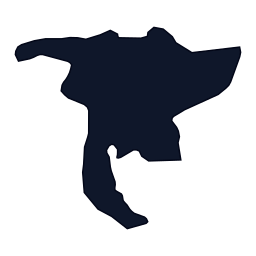 Nidwalden, Equal Earth projection
{"feature_id": "CHE-164", "entity_name": "Nidwalden", "entity_type": "Canton", "adm_level": 1, "iso_a3": "CHE", "parent_name": "Switzerland", "parent_adm1": "", "projection": "equal_earth", "projection_center": [8.375, 46.893], "detail": "fine", "context": "isolated", "style": "filled", "palette": "ink", "viewbox_px": 256, "rotation_deg": 0, "n_neighbors": 0, "source": "natural_earth", "source_scale": "10m", "svg_char_len": 1364}
<svg xmlns="http://www.w3.org/2000/svg" viewBox="0 0 256 256"><path d="M175.8,42.7L191.9,52.7L239.6,47.1L240.6,52.3L239.7,56.7L230.6,81.9L228.7,85.3L225.9,88.1L218.2,94.4L184.6,109.7L173.5,116.4L172.1,118.1L171.7,120.9L176.6,127.4L178.3,131.1L179.4,136.7L178.0,142.7L180.8,159.9L148.7,160.9L141.8,156.2L139.3,151.0L136.3,149.8L133.3,149.9L120.7,157.3L118.2,158.0L117.0,157.7L117.0,156.8L117.5,154.9L117.6,152.5L117.6,149.3L114.1,144.8L111.7,144.2L109.0,145.8L106.5,150.1L106.8,153.0L109.1,157.0L110.3,167.0L111.2,171.0L115.0,181.8L115.2,184.7L114.8,187.6L114.8,189.8L116.4,191.2L121.4,194.0L122.3,195.7L122.9,199.4L123.2,200.7L123.9,201.6L124.9,202.8L127.0,205.0L129.6,209.1L131.6,211.3L134.1,213.3L144.5,217.1L146.4,218.8L147.7,221.7L146.1,223.3L127.3,228.6L111.7,216.4L98.0,209.1L84.3,192.5L82.7,172.3L83.7,164.3L84.6,147.0L87.7,137.3L88.7,133.4L88.8,110.6L87.4,107.1L84.2,104.4L68.5,98.0L64.6,94.7L61.2,90.9L62.1,85.2L63.7,82.2L65.9,79.5L67.7,76.6L69.6,72.7L70.7,69.2L71.7,64.8L70.0,62.6L67.8,61.3L42.6,54.5L39.9,54.5L37.1,55.4L33.6,57.2L29.7,58.7L18.5,61.1L15.4,54.6L15.8,51.2L17.9,47.0L21.6,44.7L34.3,40.8L45.6,38.8L61.7,38.8L70.0,37.6L77.7,37.8L85.9,39.3L100.2,34.9L110.3,30.4L117.5,34.1L117.8,36.2L118.1,37.0L119.0,37.8L140.9,38.2L147.4,36.4L148.0,32.4L153.9,27.4L163.2,29.1L172.3,36.7L175.8,42.7Z" fill="#0f172a" stroke="#020617" stroke-width="1.5"/></svg>